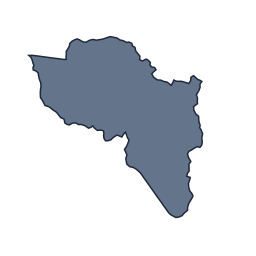 outline of Terra Nova, Pernambuco, Brazil, rotated 258°
{"feature_id": "56859067B57028644617206", "entity_name": "Terra Nova", "entity_type": "district", "adm_level": 2, "iso_a3": "BRA", "parent_name": "Brazil", "parent_adm1": "Pernambuco", "projection": "albers", "projection_center": [-39.396, -8.152], "detail": "fine", "context": "isolated", "style": "filled", "palette": "slate", "viewbox_px": 256, "rotation_deg": 258, "n_neighbors": 0, "source": "geoboundaries", "source_scale": "gbopen_adm2", "svg_char_len": 2447}
<svg xmlns="http://www.w3.org/2000/svg" viewBox="0 0 256 256"><g transform="rotate(258 128 128)"><path d="M205.4,151.6L207.3,149.5L210.1,149.3L211.9,146.8L211.9,144.5L214.5,141.3L215.8,138.4L218.3,136.0L219.8,132.6L221.1,129.6L220.8,126.8L220.5,123.9L220.2,121.7L220.3,118.9L220.5,115.3L221.9,112.1L221.8,108.4L220.9,105.8L220.8,103.5L222.4,100.9L224.1,99.1L225.7,96.9L225.4,94.3L224.4,91.1L222.7,88.6L220.4,87.7L218.1,85.8L215.8,83.5L213.3,83.1L210.5,82.2L207.9,81.7L208.7,78.5L210.4,73.9L212.4,68.1L218.0,52.4L219.0,49.3L219.6,46.1L217.4,47.8L214.3,48.4L211.5,48.5L208.9,49.0L206.8,47.6L204.4,47.4L202.7,50.1L200.5,51.6L198.0,51.4L194.5,51.4L190.5,52.0L187.2,51.7L183.8,50.4L180.7,49.5L178.4,49.1L175.8,48.7L173.4,49.8L170.3,50.7L167.3,51.5L165.0,55.4L161.7,58.0L158.4,61.2L155.4,62.7L152.2,64.3L150.0,67.3L146.0,67.3L144.2,69.2L143.2,71.2L144.3,74.6L143.9,77.8L141.6,80.5L141.2,83.0L139.0,86.6L136.0,89.4L136.4,91.9L137.3,93.9L134.6,95.4L132.0,97.5L131.6,101.2L130.3,103.4L128.0,103.3L125.5,102.5L122.7,102.4L120.2,103.3L119.7,105.9L120.0,108.7L121.8,111.7L123.4,115.9L121.8,118.1L120.5,120.1L122.7,122.1L124.4,124.6L122.1,125.1L118.9,125.4L115.9,126.4L113.9,125.2L111.7,123.8L109.9,122.3L107.7,120.1L104.6,120.8L102.0,121.3L98.4,119.5L93.0,119.3L89.8,121.6L88.3,125.0L86.1,127.4L83.5,129.4L81.0,131.0L56.8,141.4L52.9,143.1L50.4,144.2L36.9,150.0L34.7,151.4L32.5,153.8L30.6,156.1L30.3,158.4L30.9,162.4L33.2,165.5L35.0,169.0L38.7,170.1L41.9,172.0L44.1,174.1L46.0,175.9L47.9,177.4L50.5,176.9L53.6,175.3L58.1,175.1L61.2,175.6L64.0,177.3L66.7,178.6L68.6,175.4L71.4,176.8L73.1,178.8L76.7,179.5L79.9,180.1L82.2,182.5L86.2,181.1L90.2,180.8L92.5,182.6L93.2,185.4L94.7,189.1L95.3,192.1L94.1,194.3L95.4,196.1L97.5,197.3L99.8,197.9L103.1,198.1L106.8,199.8L110.9,199.1L113.4,198.2L115.7,199.1L119.2,198.7L121.8,199.0L124.8,199.5L127.5,197.3L131.9,196.1L135.2,196.6L136.3,198.8L137.3,201.0L139.9,201.4L142.8,202.2L146.3,201.8L149.3,204.7L152.6,206.9L155.9,207.5L158.2,209.9L159.7,208.3L161.0,206.3L163.1,204.8L165.6,203.0L164.5,200.1L161.4,199.2L158.9,196.7L160.7,193.5L162.6,190.0L163.1,187.3L163.9,184.6L165.4,182.8L162.9,181.1L160.8,179.1L163.1,177.2L165.1,175.3L165.9,173.0L168.0,170.0L169.0,166.6L172.4,163.6L176.0,162.5L177.8,165.0L179.1,167.5L181.6,166.6L182.7,164.1L184.9,162.5L187.4,163.5L189.9,162.0L191.7,160.0L190.5,156.3L192.3,153.6L195.9,154.6L198.4,153.2L201.5,151.6L205.4,151.6Z" fill="#64748b" stroke="#1e293b" stroke-width="1.5"/></g></svg>